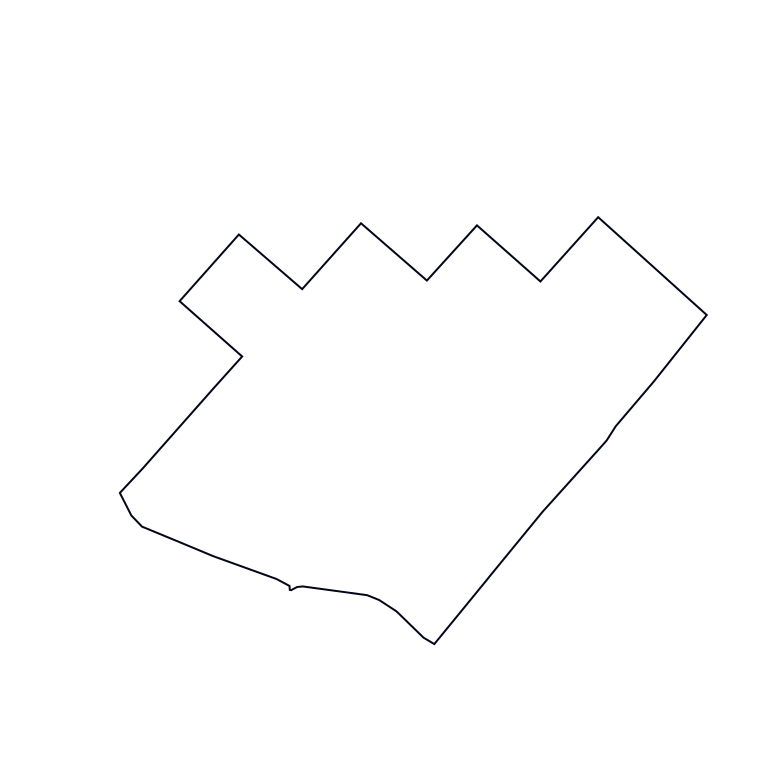 the district of Lorain, Ohio, United States of America, rotated 221°
{"feature_id": "52423323B65155384259912", "entity_name": "Lorain", "entity_type": "district", "adm_level": 2, "iso_a3": "USA", "parent_name": "United States of America", "parent_adm1": "Ohio", "projection": "mercator", "projection_center": [-82.147, 41.29], "detail": "fine", "context": "isolated", "style": "outline", "palette": "ink", "viewbox_px": 768, "rotation_deg": 221, "n_neighbors": 0, "source": "geoboundaries", "source_scale": "gbopen_adm2", "svg_char_len": 610}
<svg xmlns="http://www.w3.org/2000/svg" viewBox="0 0 768 768"><g transform="rotate(221 384 384)"><path d="M591.6,401.6L592.6,312.4L509.1,311.7L509.8,269.9L510.7,162.1L511.9,128.5L493.8,121.2L488.5,119.0L473.0,117.6L428.9,132.4L400.2,141.9L337.2,166.3L322.8,169.6L320.0,166.8L318.8,167.5L316.4,173.8L312.4,178.0L258.1,213.6L245.9,217.8L225.4,220.6L187.7,218.5L175.4,220.7L177.9,304.5L178.1,309.1L180.5,391.6L179.0,476.7L178.9,487.4L181.4,504.2L182.0,563.0L185.7,647.8L331.8,650.4L333.2,564.0L417.9,564.7L419.5,490.2L506.8,490.2L508.0,401.9L591.6,401.6Z" fill="none" stroke="#020617" stroke-width="2"/></g></svg>